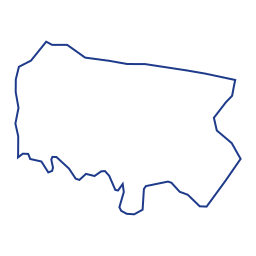 the district of Haeju City, Hwanghae-namdo, North Korea
{"feature_id": "82179303B26132853361668", "entity_name": "Haeju City", "entity_type": "district", "adm_level": 2, "iso_a3": "PRK", "parent_name": "North Korea", "parent_adm1": "Hwanghae-namdo", "projection": "orthographic", "projection_center": [125.684, 38.062], "detail": "fine", "context": "isolated", "style": "outline", "palette": "blue", "viewbox_px": 256, "rotation_deg": 0, "n_neighbors": 0, "source": "geoboundaries", "source_scale": "gbopen_adm2", "svg_char_len": 860}
<svg xmlns="http://www.w3.org/2000/svg" viewBox="0 0 256 256"><path d="M233.9,86.3L235.2,80.0L205.2,73.6L187.2,70.5L166.2,67.3L145.1,64.1L127.1,64.0L109.1,60.8L85.1,57.6L67.2,44.9L52.2,44.9L46.2,41.7L31.0,60.6L18.9,66.8L15.8,79.4L15.7,92.1L18.5,107.9L15.4,123.6L18.2,136.2L18.2,142.6L18.1,155.2L18.0,157.4L22.8,153.7L28.2,153.9L30.2,159.0L41.4,161.5L48.3,172.4L52.1,170.9L53.0,167.7L51.3,159.6L52.4,156.9L56.4,157.0L69.0,168.6L75.7,178.7L79.4,179.9L86.0,173.9L94.5,176.0L101.3,171.3L105.0,171.1L109.2,175.8L115.3,189.9L118.0,190.5L122.7,184.0L123.8,192.0L119.4,207.2L121.2,210.8L126.7,213.8L134.2,214.3L142.6,209.7L143.9,189.0L145.9,186.1L167.9,181.6L171.4,182.7L179.7,191.8L187.7,194.7L199.7,206.3L206.6,206.6L225.4,180.9L240.6,158.9L231.7,143.1L216.8,130.5L213.9,117.8L226.0,102.1L232.1,95.8L233.9,86.3Z" fill="none" stroke="#1e3a8a" stroke-width="2"/></svg>